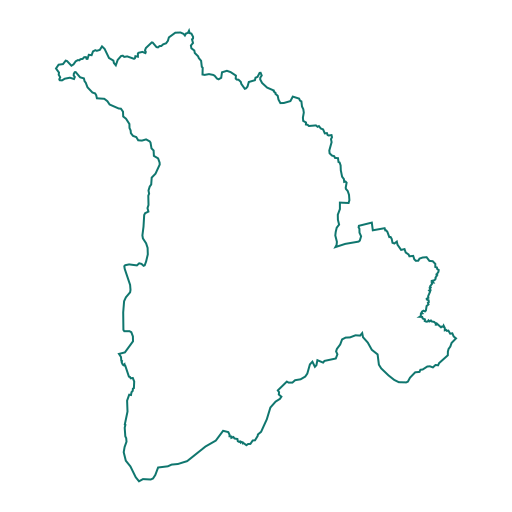 outline of Mueang Uttaradit, Uttaradit, Thailand
{"feature_id": "78962969B38692905391521", "entity_name": "Mueang Uttaradit", "entity_type": "district", "adm_level": 2, "iso_a3": "THA", "parent_name": "Thailand", "parent_adm1": "Uttaradit", "projection": "equal_earth", "projection_center": [100.198, 17.685], "detail": "fine", "context": "isolated", "style": "outline", "palette": "teal", "viewbox_px": 512, "rotation_deg": 0, "n_neighbors": 0, "source": "geoboundaries", "source_scale": "gbopen_adm2", "svg_char_len": 5929}
<svg xmlns="http://www.w3.org/2000/svg" viewBox="0 0 512 512"><path d="M56.0,68.5L59.0,72.6L58.7,74.7L60.2,77.3L59.3,79.2L59.7,80.2L62.0,80.4L64.8,78.7L69.9,77.7L74.0,79.0L74.8,77.0L73.7,75.5L73.8,73.8L74.7,72.2L75.7,72.1L80.1,77.3L83.9,78.4L84.6,81.3L85.7,82.6L87.5,87.3L92.4,92.5L95.1,93.4L96.2,95.2L96.9,98.3L104.3,98.8L107.4,101.2L109.6,104.5L118.7,108.5L120.9,108.7L123.0,111.7L123.2,116.5L126.0,118.7L129.4,124.0L129.5,128.0L130.6,130.4L130.9,133.2L133.0,135.9L136.3,137.1L138.2,140.3L141.9,140.6L146.1,139.4L149.7,141.4L150.5,142.6L151.5,148.4L153.6,150.5L153.9,155.9L158.1,158.4L159.6,162.6L159.7,164.6L155.5,173.7L151.7,177.6L151.2,184.5L149.7,186.6L148.5,190.5L149.1,193.7L148.3,195.7L148.5,205.0L147.5,208.1L148.4,211.6L145.1,213.2L144.2,215.0L143.5,226.7L142.4,235.4L142.9,238.4L146.1,243.3L147.6,247.9L147.8,254.4L146.1,261.5L144.7,265.3L143.6,265.8L141.5,263.9L139.2,263.3L136.9,265.4L129.1,264.4L125.2,265.2L124.3,266.2L124.7,268.8L130.1,284.9L130.5,289.9L130.1,292.3L125.9,297.3L124.1,301.2L123.2,312.3L123.4,329.9L124.3,331.2L129.5,331.2L131.3,332.2L132.9,336.4L133.0,341.3L124.9,352.4L119.0,353.9L121.0,357.0L121.3,360.7L122.0,361.0L121.7,362.4L122.8,364.7L123.5,365.1L124.4,364.3L124.5,365.5L125.2,365.5L128.9,376.6L130.0,377.0L130.7,378.3L132.8,378.0L134.2,381.5L133.9,388.1L132.9,388.7L132.7,390.9L131.5,392.2L131.0,395.0L129.2,394.7L127.1,400.6L127.5,411.6L124.8,424.5L125.4,424.9L124.7,427.7L125.3,436.3L126.2,438.2L126.5,441.7L124.6,447.0L123.7,452.2L125.8,460.7L130.4,466.4L135.7,477.2L139.0,481.3L143.0,479.1L150.7,479.5L153.0,478.5L155.3,475.0L158.1,467.5L167.9,466.3L171.6,464.6L177.9,464.0L187.2,461.1L205.5,446.5L215.8,440.6L223.1,430.8L228.3,432.1L229.6,434.9L229.5,436.3L231.3,436.5L231.4,437.8L233.4,437.0L234.5,438.5L237.4,439.0L237.8,441.2L239.1,441.9L240.0,441.4L240.7,442.6L241.4,441.9L242.8,442.4L242.9,443.4L243.7,443.2L246.4,445.2L248.1,444.0L250.4,443.9L252.7,440.5L255.0,440.3L257.7,435.9L257.9,434.5L261.1,431.8L266.8,419.3L270.4,407.5L275.6,401.6L279.9,398.9L281.4,396.7L278.8,394.5L279.1,392.2L277.8,390.4L286.8,381.6L288.6,382.6L292.4,382.6L295.1,380.2L300.6,379.3L305.2,376.6L307.3,373.6L309.9,364.4L312.4,361.7L314.9,366.8L316.4,365.2L317.4,360.2L323.1,362.6L324.5,360.9L335.8,358.5L337.4,354.3L336.1,351.4L336.9,348.9L340.2,344.5L342.1,339.4L345.6,337.6L350.0,337.4L355.5,335.3L360.1,335.6L362.2,333.1L363.0,337.2L367.8,342.6L371.8,349.8L377.6,354.4L378.9,364.7L381.2,368.4L388.5,375.4L394.2,379.9L398.8,382.2L406.2,382.4L407.9,381.6L410.0,377.7L415.2,372.3L419.5,371.9L420.4,369.8L422.7,369.5L427.3,366.5L429.9,366.3L432.9,367.4L435.5,365.0L438.1,365.3L439.1,363.1L447.8,355.3L447.9,351.5L448.6,348.9L450.3,346.6L451.6,342.9L456.0,338.4L453.7,336.5L452.3,333.3L450.2,333.7L448.4,330.6L446.9,330.9L446.1,329.9L444.8,330.3L444.8,328.0L443.6,325.6L443.1,326.8L442.0,326.5L441.0,327.3L436.9,323.6L436.4,324.7L435.8,324.7L435.9,323.6L434.1,321.9L431.5,321.4L430.9,320.5L429.4,321.4L428.5,320.4L427.7,321.5L426.3,321.7L424.7,321.0L424.9,319.4L422.7,318.5L422.2,316.9L419.7,316.8L420.8,316.1L420.9,313.7L422.3,313.4L421.5,312.6L422.1,311.5L423.5,310.7L425.0,311.4L425.9,310.5L426.6,306.0L428.5,304.4L427.9,302.8L428.8,302.1L428.6,300.3L426.8,299.5L426.7,298.7L428.4,297.8L428.1,296.3L430.1,291.6L429.2,290.5L430.5,290.0L429.7,288.0L430.7,287.5L430.1,286.3L432.0,283.9L431.7,282.4L433.3,282.5L432.1,280.8L434.5,280.2L435.6,278.8L435.5,277.6L436.7,275.9L436.5,274.7L437.2,274.7L437.1,273.7L438.4,271.9L438.7,270.0L437.2,269.0L436.9,267.5L435.3,267.0L435.3,263.9L432.7,261.2L429.4,260.9L426.6,257.2L422.7,257.5L419.5,258.6L418.3,260.7L415.8,260.8L414.3,259.3L413.2,255.9L409.4,256.3L408.6,254.5L405.7,252.5L404.5,249.1L401.1,249.9L397.5,244.7L396.8,241.6L394.4,243.5L392.5,242.8L391.7,238.9L390.6,237.0L389.3,237.1L387.4,231.9L386.2,230.4L385.3,230.4L384.6,228.2L372.8,230.3L371.8,222.6L358.9,225.8L358.6,227.4L359.4,228.7L359.5,232.7L361.1,236.3L359.8,240.6L358.6,241.6L345.2,243.9L335.4,247.1L336.6,244.9L336.9,241.8L335.3,235.5L335.7,232.0L336.7,227.7L339.1,224.6L337.9,219.8L337.8,214.7L339.9,209.1L339.9,202.6L348.6,203.0L349.4,200.2L349.0,194.8L347.7,191.0L345.9,188.9L345.7,187.7L346.6,182.7L345.5,181.5L344.2,181.9L343.9,179.1L342.1,176.7L340.8,170.3L340.6,165.4L339.6,162.5L338.5,162.0L338.0,158.2L335.0,157.9L334.2,156.2L332.0,155.6L329.6,153.3L329.3,150.5L331.6,142.2L331.0,139.1L332.0,137.2L331.5,135.1L328.6,135.5L327.6,135.0L326.9,133.1L324.8,133.4L323.1,129.4L320.8,128.5L318.9,126.1L317.6,126.8L315.9,125.4L308.9,126.0L307.6,124.8L305.9,124.5L306.0,122.5L303.2,120.9L302.9,117.6L303.8,112.6L303.3,109.2L302.0,106.5L301.4,101.4L300.0,100.6L299.1,98.6L292.8,96.6L290.4,101.1L283.8,103.0L280.4,103.1L278.5,99.6L277.7,95.8L275.5,93.9L275.5,92.9L273.8,91.5L273.8,90.5L267.1,87.6L262.1,83.0L260.2,79.4L260.3,77.6L261.7,75.5L260.6,72.8L259.6,72.9L257.5,76.9L255.5,77.7L254.9,80.2L248.8,82.0L247.5,86.6L246.1,88.3L244.8,88.8L241.3,83.9L240.8,81.9L238.5,79.7L236.8,79.6L235.7,78.6L235.9,75.6L230.6,72.1L226.9,70.8L222.0,72.3L221.2,77.8L218.6,79.3L217.0,78.6L214.6,75.7L213.1,74.9L209.0,74.1L204.6,74.9L202.5,74.5L202.7,67.8L201.8,66.8L201.1,60.8L198.8,58.1L198.1,56.3L194.8,53.0L194.3,50.5L191.4,48.3L190.9,45.5L193.0,43.0L192.0,39.3L193.0,38.6L193.1,36.9L191.4,33.6L189.6,33.1L189.0,30.7L187.9,32.9L186.0,33.5L184.9,35.5L183.6,33.9L180.5,32.5L175.3,32.7L168.9,37.4L167.9,40.8L166.1,43.3L163.2,44.3L161.3,46.0L159.5,46.1L158.0,47.4L156.5,47.1L152.7,42.6L151.8,42.4L145.9,48.0L145.0,50.3L145.8,52.0L145.4,53.1L142.4,51.9L138.5,52.8L137.9,53.5L137.9,56.7L135.4,56.2L134.9,58.3L134.0,58.8L127.2,56.4L124.2,56.9L122.8,55.7L121.1,56.0L117.7,59.9L115.8,65.3L113.9,63.0L113.4,60.6L109.0,58.0L104.6,48.9L102.0,46.4L99.8,49.9L96.8,50.8L95.3,50.2L93.0,51.4L91.6,55.2L88.8,54.8L87.5,58.9L86.6,58.9L85.9,57.1L84.2,57.2L82.6,58.9L80.4,59.2L79.4,60.3L77.9,60.1L75.7,61.3L73.5,64.4L71.4,65.7L67.1,61.1L65.7,60.6L63.0,64.1L58.6,64.7L56.0,68.5Z" fill="none" stroke="#0f766e" stroke-width="2"/></svg>